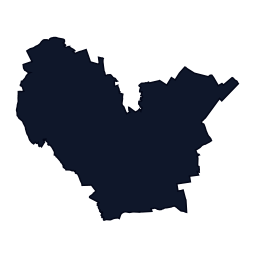 outline of Abram, Bihor, Romania, rotated 269°
{"feature_id": "2599482B62874719700272", "entity_name": "Abram", "entity_type": "district", "adm_level": 2, "iso_a3": "ROU", "parent_name": "Romania", "parent_adm1": "Bihor", "projection": "albers", "projection_center": [22.416, 47.314], "detail": "fine", "context": "isolated", "style": "filled", "palette": "ink", "viewbox_px": 256, "rotation_deg": 269, "n_neighbors": 0, "source": "geoboundaries", "source_scale": "gbopen_adm2", "svg_char_len": 5738}
<svg xmlns="http://www.w3.org/2000/svg" viewBox="0 0 256 256"><g transform="rotate(269 128 128)"><path d="M176.5,233.0L169.3,224.2L170.8,222.7L168.7,219.0L176.9,214.4L179.3,212.7L179.3,211.1L178.5,210.0L177.7,209.6L181.6,195.3L186.2,188.2L187.0,187.2L187.5,186.9L187.9,185.9L181.9,180.4L175.2,176.0L177.6,172.3L170.1,167.5L174.9,160.4L174.7,160.1L173.1,152.5L172.8,151.1L172.6,150.5L172.6,150.0L172.8,149.8L173.3,149.6L173.5,149.3L173.5,149.1L172.8,148.4L172.7,148.0L172.7,147.5L172.9,146.9L172.8,146.2L172.3,144.4L172.5,144.1L172.4,142.2L170.4,139.8L169.7,140.0L169.1,140.9L168.2,141.5L167.8,141.4L166.8,140.8L164.6,140.3L164.1,140.4L163.9,140.5L163.8,141.0L164.0,142.0L164.0,142.4L163.8,142.6L163.5,142.8L163.1,142.7L162.5,142.2L161.0,142.0L160.5,141.8L160.3,141.4L160.1,141.4L159.6,142.9L159.1,143.1L158.7,143.1L157.9,142.6L158.0,141.3L156.6,140.9L156.4,140.9L155.6,142.1L155.1,142.2L154.6,141.6L154.5,141.4L154.6,140.0L154.7,139.7L154.4,139.4L152.4,139.2L151.6,139.3L151.1,139.8L150.0,140.5L148.9,140.7L148.7,140.9L148.5,142.1L148.1,142.4L147.7,142.4L146.1,141.5L144.7,141.1L146.8,139.9L145.2,138.4L143.7,135.8L145.9,132.8L148.4,129.7L148.6,129.1L145.6,129.3L143.9,130.1L142.3,127.0L144.3,126.0L149.1,124.2L149.8,123.8L149.9,123.2L151.2,122.5L152.8,122.3L157.3,123.0L158.7,122.9L160.0,123.0L161.9,123.4L163.0,120.3L163.1,120.1L164.3,120.4L164.3,120.0L167.2,119.6L170.1,118.4L170.8,118.5L169.9,115.9L170.3,115.5L170.3,115.2L175.1,115.1L175.2,116.0L175.1,116.8L174.9,117.2L175.0,117.8L175.1,118.1L175.5,117.5L176.5,116.9L177.7,116.1L178.2,114.9L178.5,114.0L181.1,112.0L181.6,111.1L181.5,110.2L181.4,108.3L181.0,107.7L180.8,106.5L181.5,106.1L184.0,105.6L185.3,105.0L190.4,104.4L194.5,104.0L196.8,104.1L197.9,104.5L198.4,103.7L198.5,102.4L199.2,99.8L193.7,100.4L192.4,99.8L192.4,99.0L194.7,91.5L207.1,87.5L205.6,82.8L205.1,80.6L203.4,76.4L205.4,74.2L206.2,76.1L207.2,75.2L209.8,70.8L210.5,71.0L210.4,69.7L209.6,67.7L210.3,66.2L211.2,65.5L211.7,66.3L211.7,66.8L211.9,67.0L214.2,64.7L215.0,65.8L215.5,66.0L217.1,65.9L217.6,65.4L218.0,64.5L218.9,59.9L219.7,57.5L219.7,55.1L219.2,53.3L219.3,52.9L218.6,51.6L218.2,51.2L217.5,50.9L217.2,50.4L217.1,49.6L217.6,48.7L217.6,47.0L217.6,46.3L217.6,45.6L217.3,44.8L215.7,43.0L213.8,41.7L212.2,39.6L211.1,37.0L209.9,35.3L209.6,34.5L209.0,32.1L208.8,31.5L206.8,28.2L196.1,33.3L193.2,24.3L189.7,24.7L187.6,25.8L187.0,27.0L185.5,28.9L185.1,31.2L184.3,29.3L183.3,28.6L182.3,27.5L179.5,26.0L177.4,24.0L176.1,23.1L176.5,22.3L173.7,21.7L173.3,21.3L172.7,21.1L172.3,21.2L172.1,22.0L171.8,22.1L171.6,22.9L166.5,24.5L166.4,23.2L166.2,22.1L166.4,20.9L166.3,19.0L163.7,19.0L161.9,18.8L161.8,19.1L160.2,18.7L156.4,18.8L152.8,17.8L151.9,17.8L148.4,17.0L147.8,16.9L145.5,17.4L142.3,17.5L141.8,18.1L139.7,19.2L137.0,22.4L136.1,23.0L134.7,23.5L131.3,25.2L130.1,25.6L129.0,25.6L124.9,26.7L123.9,27.0L121.9,28.2L118.1,29.4L117.3,29.9L115.2,31.5L113.8,33.4L115.5,35.0L114.4,36.1L114.2,36.7L115.1,38.0L113.9,38.1L112.2,38.8L111.7,38.5L111.2,39.0L111.7,39.4L111.7,39.7L111.4,40.4L110.7,41.2L114.6,43.7L115.3,44.2L116.1,43.7L116.5,43.8L117.4,44.5L117.5,43.3L117.6,43.1L118.1,43.2L118.3,45.7L117.3,45.6L116.1,46.1L115.4,47.3L115.0,47.7L113.8,47.8L113.0,47.7L113.0,48.2L112.5,48.3L112.7,48.9L111.7,50.4L110.2,51.6L107.8,52.9L105.4,54.1L104.1,54.1L102.4,53.9L102.3,54.4L102.0,54.8L102.0,55.2L100.6,55.7L100.0,56.6L95.6,60.2L94.8,60.4L94.6,60.6L94.6,61.0L92.0,62.5L91.1,62.6L91.2,62.9L90.6,62.6L89.8,62.8L89.9,63.0L89.7,63.4L88.8,64.1L88.2,64.9L87.2,65.4L87.5,65.9L87.3,66.4L87.2,67.3L87.3,67.8L87.1,68.4L87.2,69.2L86.3,71.2L86.2,71.5L86.5,72.2L86.4,72.5L86.4,72.9L85.6,73.7L85.6,74.0L85.9,74.3L85.9,74.5L83.9,74.7L83.6,75.1L83.2,76.7L82.5,77.1L80.4,78.1L76.4,79.5L73.3,80.9L71.5,81.1L71.6,90.5L68.4,92.8L66.1,94.6L65.7,94.6L65.3,94.5L64.2,93.6L63.3,92.2L62.7,92.1L61.5,90.5L60.6,89.1L60.1,88.5L59.8,88.4L59.3,88.4L59.0,88.7L54.1,97.6L53.9,97.7L53.5,97.5L53.4,96.8L53.0,96.1L52.3,96.1L52.1,96.2L51.3,96.0L51.1,96.3L51.2,96.7L50.9,97.2L50.0,97.2L49.6,97.0L49.3,97.0L48.7,97.3L48.3,97.3L48.0,97.7L47.2,97.9L46.4,98.7L45.6,98.2L45.2,98.4L45.1,98.7L44.5,99.0L44.2,99.3L44.2,99.5L44.3,100.1L44.6,100.5L44.3,100.9L44.1,101.0L43.9,100.5L43.4,100.2L43.1,100.3L42.9,100.9L42.6,101.0L42.3,100.6L42.1,100.0L41.8,99.8L41.1,99.7L40.9,100.0L41.1,100.2L41.0,100.5L40.5,100.6L40.1,100.4L39.0,100.4L38.9,100.7L39.5,101.2L39.3,101.8L38.6,101.9L38.4,102.3L36.8,101.9L36.6,102.0L36.3,102.3L36.3,102.6L36.4,102.8L36.9,104.7L36.6,108.1L36.6,108.8L36.9,109.8L37.7,111.6L38.1,113.3L38.3,116.2L38.2,116.8L37.7,117.7L40.8,118.8L42.0,119.4L42.6,119.9L43.0,120.4L43.8,121.7L44.3,123.4L44.3,124.3L43.6,128.0L43.7,128.6L44.1,131.4L44.1,132.3L43.7,138.3L44.1,138.3L43.9,140.2L44.3,150.4L46.9,149.6L47.0,150.0L47.2,151.9L47.5,153.1L47.2,154.5L46.7,155.5L46.7,156.2L46.3,156.1L45.9,157.9L45.9,159.7L46.5,160.8L46.7,161.8L47.4,163.1L47.6,163.8L47.6,165.2L48.4,170.0L49.0,171.4L49.2,173.3L47.8,175.4L46.9,176.3L44.4,179.3L44.2,179.7L43.8,182.3L42.9,184.3L42.7,185.1L55.0,184.6L56.3,184.1L65.0,182.0L64.4,179.9L64.1,176.8L71.3,175.8L73.1,189.4L78.8,188.6L79.8,197.7L83.2,196.5L82.7,198.4L83.4,198.3L85.3,198.5L86.0,198.4L88.2,198.3L88.8,196.9L96.8,197.3L98.3,196.6L98.8,196.7L99.2,197.9L99.8,198.2L99.9,198.8L100.4,198.5L100.8,196.7L104.8,195.1L105.2,196.1L106.8,198.8L107.4,199.7L109.3,201.6L109.7,202.3L110.4,203.9L110.6,205.2L111.1,206.0L112.7,209.3L113.6,210.6L113.9,211.2L114.5,210.9L115.3,210.8L117.2,209.5L118.7,208.2L119.4,207.8L123.8,206.0L127.4,205.0L130.4,203.9L130.7,203.6L130.9,203.0L130.9,202.3L131.2,201.7L134.2,202.0L134.2,202.5L134.4,203.0L137.0,205.5L136.9,205.6L155.9,220.0L153.5,222.2L170.4,239.1L171.4,238.4L172.7,237.8L173.0,237.5L174.1,235.6L175.9,234.1L176.3,233.5L176.5,233.0Z" fill="#0f172a" stroke="#020617" stroke-width="1.5"/></g></svg>